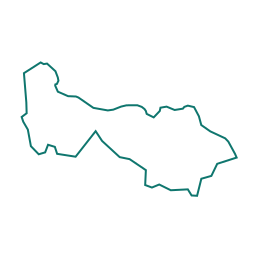 the district of Westmoreland, Virginia, United States of America, rotated 353°
{"feature_id": "52423323B55573357858971", "entity_name": "Westmoreland", "entity_type": "district", "adm_level": 2, "iso_a3": "USA", "parent_name": "United States of America", "parent_adm1": "Virginia", "projection": "mercator", "projection_center": [-76.807, 38.122], "detail": "fine", "context": "isolated", "style": "outline", "palette": "teal", "viewbox_px": 256, "rotation_deg": 353, "n_neighbors": 0, "source": "geoboundaries", "source_scale": "gbopen_adm2", "svg_char_len": 963}
<svg xmlns="http://www.w3.org/2000/svg" viewBox="0 0 256 256"><g transform="rotate(353 128 128)"><path d="M188.3,203.7L194.6,187.3L204.9,185.7L212.2,174.4L232.2,170.6L231.1,166.8L225.9,153.7L223.2,150.1L209.3,141.4L201.1,134.0L199.8,125.0L196.1,115.3L190.1,113.1L186.5,113.9L184.8,115.5L176.5,115.8L168.9,111.5L162.7,111.8L161.6,115.0L154.8,120.6L148.3,116.3L148.2,115.9L147.8,113.3L146.7,111.2L144.2,108.7L140.1,106.6L138.0,106.3L129.3,105.3L123.8,105.9L115.6,108.0L110.1,108.1L96.1,103.8L82.5,91.7L80.2,90.4L72.4,89.1L62.8,83.4L60.9,77.1L61.2,75.9L62.8,75.6L64.7,72.6L64.5,69.3L62.9,62.8L55.5,54.2L52.1,54.3L49.3,52.3L31.4,60.9L30.2,90.2L29.2,101.0L23.8,104.1L24.8,109.0L28.4,117.4L29.4,134.2L36.2,143.2L42.8,142.1L46.6,134.9L53.1,137.8L54.5,145.0L72.5,150.1L95.5,127.2L100.7,137.7L116.2,155.9L125.8,159.1L140.6,172.0L138.1,186.7L144.5,190.0L152.1,187.9L162.9,195.0L179.9,196.2L182.9,202.7L188.3,203.7Z" fill="none" stroke="#0f766e" stroke-width="2"/></g></svg>